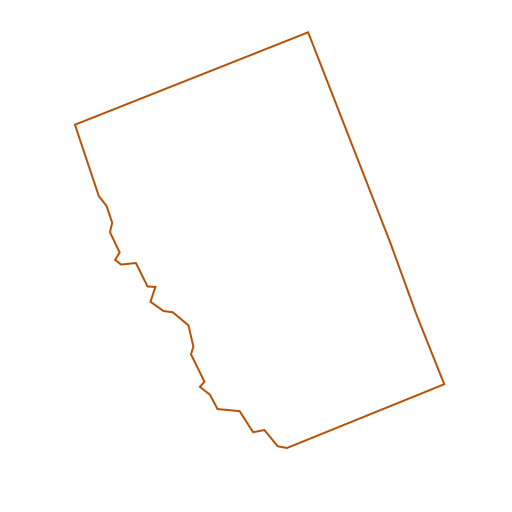 Washington, Illinois, United States of America (orthographic projection), rotated 248°
{"feature_id": "52423323B5171032180406", "entity_name": "Washington", "entity_type": "district", "adm_level": 2, "iso_a3": "USA", "parent_name": "United States of America", "parent_adm1": "Illinois", "projection": "orthographic", "projection_center": [-89.437, 38.366], "detail": "fine", "context": "isolated", "style": "outline", "palette": "amber", "viewbox_px": 512, "rotation_deg": 248, "n_neighbors": 0, "source": "geoboundaries", "source_scale": "gbopen_adm2", "svg_char_len": 557}
<svg xmlns="http://www.w3.org/2000/svg" viewBox="0 0 512 512"><g transform="rotate(248 256 256)"><path d="M445.4,162.5L445.6,137.3L370.5,132.7L358.2,136.2L340.7,135.1L332.7,129.5L310.3,130.9L305.2,123.9L298.6,127.7L294.5,142.0L268.4,144.0L265.0,151.1L253.1,141.0L239.6,149.6L235.1,157.7L217.0,167.4L195.4,164.0L189.2,158.9L158.7,161.1L155.7,155.0L144.6,161.3L128.5,163.0L118.3,182.7L93.7,187.3L91.5,198.6L71.5,204.8L66.4,212.8L66.6,382.5L141.6,382.8L218.5,385.5L443.9,388.1L444.9,237.2L445.4,162.5Z" fill="none" stroke="#b45309" stroke-width="2"/></g></svg>